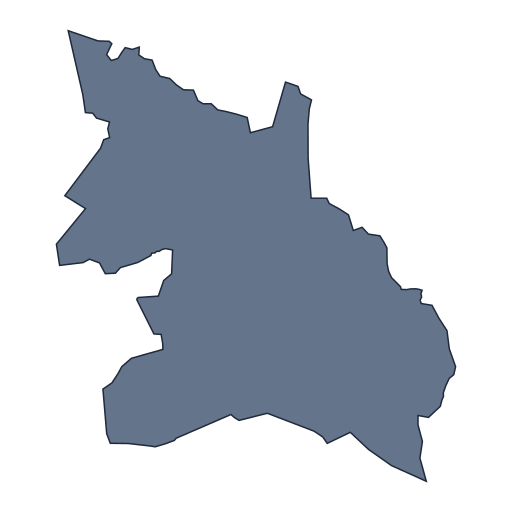 Tofa, Kano, Nigeria (orthographic projection)
{"feature_id": "59680162B46902450612836", "entity_name": "Tofa", "entity_type": "district", "adm_level": 2, "iso_a3": "NGA", "parent_name": "Nigeria", "parent_adm1": "Kano", "projection": "orthographic", "projection_center": [8.331, 12.025], "detail": "fine", "context": "isolated", "style": "filled", "palette": "slate", "viewbox_px": 512, "rotation_deg": 0, "n_neighbors": 0, "source": "geoboundaries", "source_scale": "gbopen_adm2", "svg_char_len": 2034}
<svg xmlns="http://www.w3.org/2000/svg" viewBox="0 0 512 512"><path d="M68.2,30.7L82.8,94.6L85.4,112.6L92.7,113.2L96.5,118.1L109.5,122.0L107.8,128.8L109.6,137.6L103.7,139.7L100.6,148.1L64.8,195.7L85.5,208.6L56.4,244.2L59.6,265.4L83.1,262.6L89.4,259.2L99.5,262.9L105.3,273.7L115.4,273.2L120.4,267.6L137.7,262.5L144.7,258.8L150.9,255.5L151.6,253.2L155.0,252.9L156.7,251.3L159.1,251.4L161.7,249.6L165.5,248.6L172.6,250.0L171.6,273.8L163.7,280.5L158.3,296.1L138.2,297.5L137.2,298.3L136.8,299.7L153.9,333.9L161.1,334.4L162.7,343.5L162.9,349.4L147.2,353.8L131.4,358.3L121.8,366.6L117.9,373.8L111.9,382.9L102.9,389.1L103.4,394.6L106.7,433.7L110.3,443.3L128.2,443.5L149.3,445.9L155.2,446.8L165.9,443.6L174.4,440.4L176.2,438.2L231.0,414.5L233.9,417.1L235.1,418.0L239.1,420.4L266.4,413.5L267.7,413.4L314.1,431.2L322.8,437.0L327.2,443.4L350.3,432.3L368.6,449.5L391.5,465.6L426.3,481.3L423.5,471.1L422.5,467.4L419.9,458.2L422.4,441.6L422.4,441.3L422.2,440.6L418.0,424.9L418.0,415.5L428.5,417.4L433.4,412.8L435.0,411.3L440.3,406.3L442.0,399.8L443.5,396.4L443.3,392.9L445.8,385.7L449.2,378.4L451.8,376.3L453.8,374.6L455.6,366.7L453.5,360.7L449.3,348.8L447.0,330.7L438.9,318.2L432.0,305.3L421.1,303.5L421.0,302.5L420.5,301.3L420.1,300.4L420.4,299.4L421.0,298.4L421.6,297.1L421.5,295.9L420.9,293.8L422.1,290.3L419.3,289.4L416.0,288.8L410.7,288.9L406.6,289.6L401.2,289.4L400.5,286.7L391.5,277.6L388.6,271.2L387.1,263.7L386.9,247.9L384.4,243.1L379.9,235.8L368.4,234.1L362.1,227.3L353.3,230.5L348.5,214.9L339.4,209.0L329.2,203.5L326.7,198.2L311.1,198.2L308.1,157.9L308.0,124.4L308.3,120.5L309.3,108.9L311.5,99.9L300.6,93.9L298.0,86.4L290.9,83.9L285.5,82.1L272.6,126.7L250.4,132.7L247.2,117.5L236.6,114.2L225.5,111.4L217.8,109.9L211.2,103.7L203.1,103.8L197.9,100.6L193.4,90.1L183.5,89.8L176.3,84.8L169.7,78.5L160.0,76.2L155.7,69.5L152.1,60.1L144.4,58.7L138.8,54.9L139.3,47.1L132.3,49.4L125.2,47.6L121.5,52.8L118.0,58.4L113.7,59.8L111.2,60.4L106.6,54.6L111.8,43.7L109.2,41.3L97.9,40.9L68.2,30.7Z" fill="#64748b" stroke="#1e293b" stroke-width="1.5"/></svg>